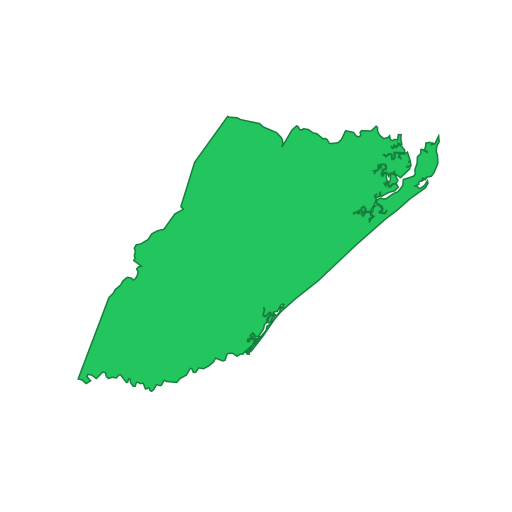 the district of Alanje, Chiriquí, Panama, rotated 302°
{"feature_id": "35544464B2044400904902", "entity_name": "Alanje", "entity_type": "district", "adm_level": 2, "iso_a3": "PAN", "parent_name": "Panama", "parent_adm1": "Chiriquí", "projection": "albers", "projection_center": [-82.58, 8.37], "detail": "fine", "context": "isolated", "style": "filled", "palette": "green", "viewbox_px": 512, "rotation_deg": 302, "n_neighbors": 0, "source": "geoboundaries", "source_scale": "gbopen_adm2", "svg_char_len": 6140}
<svg xmlns="http://www.w3.org/2000/svg" viewBox="0 0 512 512"><g transform="rotate(302 256 256)"><path d="M165.7,296.9L170.5,297.5L170.4,299.9L173.0,298.4L178.7,300.5L183.0,299.3L186.0,299.6L185.2,297.4L183.4,297.5L182.8,294.7L180.5,295.8L179.0,295.0L179.1,293.9L181.9,292.9L179.5,294.7L180.5,295.1L182.9,294.3L184.2,297.2L185.1,293.3L189.0,293.8L189.0,295.1L187.3,298.5L189.5,300.7L197.9,301.1L202.4,299.4L205.3,300.4L208.9,298.4L213.9,299.3L215.3,297.7L210.2,296.3L209.1,295.3L209.0,293.8L210.0,292.9L214.2,291.9L216.7,289.6L215.2,291.9L209.9,293.3L209.4,294.2L210.5,296.0L215.6,297.4L215.5,299.2L213.6,300.3L210.4,299.6L206.3,300.8L205.8,301.8L206.8,303.1L211.3,302.9L217.5,300.5L220.5,303.5L227.7,303.0L229.5,304.1L229.6,305.5L226.9,305.1L226.9,306.4L225.5,305.6L226.2,304.2L225.4,303.6L225.3,304.8L224.8,304.3L221.5,305.7L216.8,305.2L216.1,304.1L216.7,302.2L212.0,304.6L205.2,304.2L202.5,302.5L198.2,304.0L189.1,302.7L184.5,303.1L179.2,301.0L175.8,301.0L171.8,302.3L190.5,304.3L213.1,305.3L222.5,306.8L240.9,312.2L267.7,321.8L318.1,334.9L356.8,346.5L369.2,351.3L386.7,356.5L403.6,363.5L408.9,363.3L410.6,361.5L405.2,361.5L400.5,359.5L399.7,357.4L400.7,356.1L399.8,353.8L403.3,356.1L404.4,355.0L406.2,355.3L407.3,356.8L411.0,355.7L408.9,357.6L411.8,358.5L409.8,359.2L413.4,359.2L416.6,362.5L421.3,362.8L431.1,361.1L437.7,356.4L440.0,353.5L445.1,351.1L450.1,350.7L454.5,347.3L445.7,348.2L445.4,346.2L444.7,347.0L443.4,345.8L444.6,345.0L444.5,343.1L441.8,340.2L437.6,342.3L434.7,342.1L435.4,345.7L434.6,346.3L434.3,339.8L433.6,339.4L430.2,341.4L425.5,340.4L419.9,343.5L413.2,345.0L410.2,347.5L407.3,347.4L398.9,340.4L393.5,343.2L385.6,342.3L382.4,339.8L373.6,336.0L371.7,333.5L371.2,330.9L368.0,329.1L364.5,329.8L365.2,333.3L364.4,335.3L365.1,336.4L363.4,338.6L361.0,339.3L358.6,338.0L360.6,342.5L363.1,342.8L364.1,342.0L363.5,342.9L362.4,343.2L360.1,342.9L358.1,338.1L359.5,337.0L361.0,338.6L363.0,337.6L364.3,333.1L362.8,330.7L359.0,330.0L356.2,331.3L352.3,331.2L352.2,335.2L349.3,334.4L348.1,333.2L346.6,334.4L344.2,333.9L346.7,333.9L347.6,332.9L346.2,332.5L347.9,332.3L350.6,334.2L352.0,330.7L355.9,330.6L353.4,329.5L351.5,326.3L349.3,326.0L350.1,323.3L347.8,324.0L347.3,326.1L346.4,325.7L347.5,323.6L350.0,322.4L350.8,323.1L350.0,325.2L350.5,325.7L353.5,323.8L354.8,321.5L352.3,320.5L350.5,321.2L349.3,320.0L348.1,321.2L346.8,321.2L346.3,320.4L347.2,319.1L346.0,319.4L346.4,318.4L344.3,316.7L342.9,317.0L344.3,315.8L347.9,318.8L347.6,320.8L349.3,319.1L350.8,320.7L352.7,319.8L355.5,321.3L354.1,324.3L352.0,325.8L354.2,329.2L363.3,328.9L368.4,327.6L368.8,325.3L370.2,324.6L372.9,325.8L369.4,325.6L370.4,328.3L373.6,328.7L374.6,327.4L375.9,327.7L373.8,329.4L371.9,329.0L373.6,331.1L380.4,335.0L384.8,339.1L389.8,340.2L391.4,337.0L389.3,333.9L386.3,333.7L384.9,332.1L387.3,328.5L386.9,327.5L384.2,328.9L385.2,326.6L385.5,327.9L387.3,326.7L388.0,327.8L387.6,330.2L385.7,331.5L386.0,332.5L389.7,333.5L391.7,336.4L395.2,336.3L398.3,331.4L398.3,329.8L397.5,327.3L396.4,326.9L390.9,330.0L389.0,329.7L390.1,326.1L395.5,322.7L394.2,321.1L391.2,321.4L390.6,320.2L391.6,319.0L396.5,317.6L399.0,319.8L401.8,317.1L399.4,313.1L397.8,315.4L396.5,315.1L396.4,314.1L397.1,312.1L394.2,314.3L392.3,313.5L391.1,311.7L390.8,312.7L388.1,312.8L390.5,312.2L390.4,310.5L393.8,313.8L397.7,311.4L397.9,313.1L396.6,314.7L397.8,314.9L399.3,312.6L402.2,316.7L402.1,318.0L399.7,320.2L398.0,320.4L396.6,318.1L391.0,320.4L394.9,320.8L395.9,321.9L395.9,323.7L394.0,326.3L397.1,325.7L398.8,327.9L401.0,328.6L399.5,329.3L399.0,337.1L411.2,340.2L413.6,339.4L411.4,336.7L412.0,336.6L414.7,339.6L418.1,336.6L416.8,335.9L419.4,335.3L424.3,329.4L421.6,328.2L419.1,324.5L415.8,324.6L416.1,326.6L415.3,327.2L415.4,324.4L419.1,323.5L416.7,318.9L414.0,321.6L411.7,321.7L410.2,320.9L410.0,319.9L413.0,317.8L413.6,316.4L412.2,314.4L410.3,314.3L409.0,313.7L408.9,313.0L409.7,311.3L409.0,309.8L410.1,311.2L409.4,313.6L412.6,314.0L414.1,316.1L413.7,318.0L410.9,319.4L410.5,320.6L413.3,321.3L415.6,318.7L417.2,318.4L422.4,327.6L424.6,325.8L426.3,321.3L425.7,317.5L423.9,317.9L422.3,317.6L423.0,314.8L420.7,315.6L419.7,314.9L419.5,313.9L420.7,312.3L420.1,315.0L423.3,314.4L423.0,317.6L427.1,316.6L426.9,319.0L427.9,320.5L431.9,316.8L435.8,314.8L434.4,312.4L429.6,314.5L428.3,311.8L426.2,310.7L425.8,309.3L426.1,307.9L428.8,305.6L426.7,305.2L423.2,302.2L424.0,296.5L426.3,293.0L429.5,290.8L429.7,289.1L422.9,287.3L418.2,279.0L416.1,278.8L413.4,281.0L411.5,280.0L410.9,277.6L412.5,273.3L409.7,265.6L400.1,266.7L395.5,265.5L390.8,259.6L390.5,258.2L392.4,254.8L392.5,252.7L390.8,250.7L392.0,242.6L390.6,239.1L391.0,233.4L389.0,228.7L387.8,228.7L386.2,226.1L388.0,223.2L387.9,221.5L382.2,219.8L362.1,220.3L365.6,219.2L368.3,217.0L369.9,214.5L371.5,208.0L369.3,193.7L370.2,188.9L363.5,170.7L363.2,166.6L359.3,159.2L359.4,158.0L303.0,154.3L258.1,166.1L257.2,169.6L248.6,164.9L229.8,163.7L225.3,159.2L219.7,155.9L212.6,155.7L205.1,151.8L202.0,148.5L198.1,148.6L196.5,151.0L191.5,152.8L190.2,154.7L187.4,154.6L186.7,164.3L184.7,162.2L181.8,161.6L180.1,164.5L176.3,165.7L172.8,165.7L170.4,164.8L171.2,162.5L170.0,158.6L168.6,157.7L164.3,156.4L159.7,156.6L152.9,154.4L148.5,154.7L143.0,153.3L57.5,170.3L58.7,174.2L57.8,179.6L62.5,181.9L64.2,176.5L66.7,176.3L68.0,180.1L67.4,185.5L76.6,187.6L77.2,190.1L74.5,193.0L73.9,195.8L76.9,198.3L78.7,202.3L82.1,202.7L83.5,203.9L80.1,213.2L81.0,214.0L84.6,213.1L84.9,214.4L82.2,216.6L80.4,220.8L81.6,222.6L84.5,221.7L86.3,222.4L86.4,225.4L88.3,227.9L84.6,232.8L87.5,235.2L85.7,237.6L86.0,239.2L88.7,240.1L94.2,239.8L95.3,243.5L96.5,244.3L102.0,243.9L102.2,246.7L106.8,255.8L111.8,256.5L118.1,260.0L126.0,259.9L126.3,261.4L124.1,264.6L125.4,266.5L130.8,266.8L132.6,271.2L137.6,274.1L143.6,276.1L147.9,275.8L149.4,283.4L151.3,285.0L156.6,283.5L158.7,284.1L161.2,287.9L160.9,293.0L164.9,295.0L165.7,296.9ZM170.1,300.4L169.2,299.8L169.2,297.8L168.1,300.5L169.2,302.3L174.6,300.1L172.6,299.1L170.1,300.4ZM188.5,294.2L185.2,294.1L185.3,297.1L187.1,296.9L188.6,295.3L188.5,294.2ZM190.3,302.4L186.8,300.8L183.2,301.9L184.2,302.5L190.3,302.4ZM186.6,300.5L183.8,300.3L182.0,300.8L182.8,301.1L186.6,300.5Z" fill="#22c55e" stroke="#15803d" stroke-width="1.5"/></g></svg>